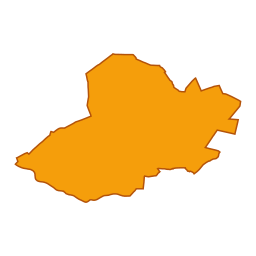 Scherpenzeel, Gelderland, Netherlands (Robinson projection)
{"feature_id": "6326949B37781973583405", "entity_name": "Scherpenzeel", "entity_type": "district", "adm_level": 2, "iso_a3": "NLD", "parent_name": "Netherlands", "parent_adm1": "Gelderland", "projection": "robinson", "projection_center": [5.498, 52.09], "detail": "fine", "context": "isolated", "style": "filled", "palette": "amber", "viewbox_px": 256, "rotation_deg": 0, "n_neighbors": 0, "source": "geoboundaries", "source_scale": "gbopen_adm2", "svg_char_len": 5420}
<svg xmlns="http://www.w3.org/2000/svg" viewBox="0 0 256 256"><path d="M112.9,53.9L112.2,54.6L110.2,56.0L108.7,57.2L107.0,58.5L102.2,62.1L99.2,64.5L98.2,64.9L96.1,66.3L94.8,67.3L91.8,69.6L90.6,70.4L86.0,73.8L86.2,74.6L86.7,76.7L86.8,77.3L87.2,79.4L87.3,79.8L87.3,80.0L87.5,80.5L87.6,81.0L87.8,81.4L87.8,81.6L88.0,81.8L88.1,87.0L88.2,88.2L88.3,89.5L88.6,96.4L88.5,97.6L88.3,98.4L87.2,105.2L87.2,105.6L88.2,108.4L88.5,109.2L89.2,111.0L89.7,112.3L90.0,113.1L90.5,114.2L90.7,114.8L91.0,116.2L88.4,117.2L87.2,117.7L85.2,118.5L84.2,118.9L81.4,120.0L78.3,121.1L77.5,121.4L77.3,121.4L75.6,122.0L74.1,122.9L73.8,123.2L64.8,127.9L64.7,128.1L62.1,128.0L61.3,128.0L60.4,128.1L59.7,128.3L59.3,128.4L59.0,128.5L58.2,129.0L57.9,129.1L55.4,130.9L54.7,131.5L53.5,132.3L51.0,131.5L50.9,131.6L49.9,134.9L49.9,135.2L47.8,136.7L47.1,137.3L46.7,137.7L45.7,138.5L42.7,141.4L39.9,143.6L35.3,147.8L35.2,147.8L34.8,148.2L32.9,149.9L31.4,151.5L28.9,154.1L27.3,152.8L27.2,152.7L24.6,153.7L19.4,156.5L17.8,157.4L17.0,157.8L16.6,157.9L17.9,161.6L16.6,162.9L15.4,164.2L16.5,165.1L18.5,166.3L19.4,166.7L20.1,167.0L21.2,167.5L22.7,168.0L23.8,168.3L25.1,168.5L27.0,168.8L27.6,169.0L29.8,169.3L30.6,169.5L31.0,169.6L31.3,169.8L32.4,170.4L32.8,170.6L33.4,171.1L34.4,172.3L34.7,173.1L35.0,174.2L35.0,175.0L35.2,176.9L35.3,178.0L35.5,178.6L35.6,179.0L35.8,179.3L36.2,179.8L36.5,180.0L36.9,180.4L37.2,180.7L37.6,180.9L38.1,181.1L38.6,181.3L39.0,181.4L39.9,181.6L40.4,181.7L42.5,181.9L43.6,182.1L44.4,182.3L45.0,182.5L45.9,182.8L46.5,183.1L46.8,183.2L47.6,183.6L51.4,186.1L53.1,187.2L53.7,187.6L55.4,189.1L56.2,189.7L56.5,189.9L56.9,190.1L57.5,190.3L58.2,190.5L58.6,190.6L61.6,190.9L62.4,191.1L63.1,191.1L63.7,191.3L64.0,191.8L65.0,192.5L66.0,193.6L67.0,194.0L68.8,194.6L69.4,194.7L69.4,194.8L70.1,194.8L71.5,195.1L72.1,195.2L73.6,195.7L74.0,195.9L74.3,196.1L77.3,198.2L78.8,199.1L79.3,199.4L81.2,200.2L82.8,201.0L83.7,201.5L84.4,201.7L84.9,202.0L85.2,202.1L85.6,202.1L86.0,202.1L86.6,202.1L87.0,201.9L87.6,201.7L89.3,200.5L89.5,200.3L89.7,200.1L89.9,200.0L90.3,199.9L90.5,199.8L91.0,199.8L91.4,199.8L92.8,200.1L93.6,200.2L94.3,200.2L95.0,200.1L95.4,200.0L95.9,199.9L97.2,199.4L97.9,199.0L100.2,197.6L102.6,196.3L103.4,195.9L104.0,195.7L104.4,195.6L106.7,195.4L107.8,195.3L108.6,195.2L109.5,194.9L110.7,194.5L111.2,194.4L111.7,194.3L112.4,194.1L113.0,194.0L114.0,193.9L114.5,193.9L115.6,193.9L116.6,194.0L117.4,194.1L118.3,194.4L118.9,194.6L119.9,195.0L120.8,195.3L122.2,195.7L122.8,195.9L123.2,195.9L124.3,196.1L124.8,196.1L126.3,196.1L129.3,196.0L129.9,196.0L130.5,195.4L131.3,194.5L132.4,193.3L133.8,191.7L134.1,191.5L135.0,190.6L135.3,190.1L135.9,189.4L136.1,189.0L136.2,188.8L143.2,188.8L143.2,188.2L143.3,187.5L143.5,185.8L143.7,183.9L143.9,182.3L144.3,176.8L144.6,176.1L147.3,176.6L148.5,176.8L151.7,176.3L154.9,175.8L156.0,175.8L157.3,174.5L157.8,173.5L158.8,172.7L159.0,172.5L159.3,172.3L159.3,172.2L159.5,172.0L159.4,172.0L159.5,171.8L159.5,171.6L159.4,171.4L159.4,171.2L159.2,171.0L158.4,169.7L158.2,169.5L157.6,168.7L158.2,168.4L162.5,168.8L162.8,168.8L163.2,168.8L164.2,168.8L164.6,168.8L166.4,169.2L167.3,169.3L168.4,169.3L169.7,169.5L170.2,169.5L171.0,169.3L171.6,169.0L172.2,168.7L172.3,168.9L172.9,169.0L173.0,168.6L173.7,168.4L174.8,168.2L175.9,168.0L176.5,168.0L177.9,167.9L180.3,167.8L185.1,167.8L185.0,168.1L185.2,168.4L185.4,168.5L185.5,168.7L186.2,169.3L186.6,169.7L187.0,170.1L187.1,170.3L187.6,171.1L188.3,171.1L189.5,171.7L189.8,171.6L190.1,171.2L190.3,171.2L190.6,171.3L192.2,172.0L192.7,172.3L193.0,172.5L193.3,172.7L193.4,172.8L193.8,173.3L194.1,173.8L196.9,171.7L198.2,170.5L199.4,169.3L203.2,164.7L206.1,162.6L208.7,161.1L209.1,161.1L209.8,161.0L210.6,160.4L211.4,159.9L213.3,159.0L215.0,158.8L216.2,158.5L216.8,158.0L217.2,157.7L217.6,157.3L218.1,156.9L218.3,156.4L218.4,156.1L218.5,155.8L218.6,155.3L218.8,154.0L218.9,153.8L219.0,153.3L219.3,152.9L219.9,152.1L218.5,151.0L218.2,150.8L217.7,150.7L215.7,150.1L208.9,148.5L205.3,147.5L207.0,145.1L211.8,138.0L212.8,136.4L213.7,135.3L214.6,133.9L215.7,132.3L215.9,132.1L217.2,130.1L221.7,131.1L231.0,133.2L234.9,134.1L235.2,132.7L237.6,122.6L238.2,119.7L229.1,119.0L230.0,118.1L230.7,117.2L232.0,115.6L236.3,110.4L239.7,106.3L239.8,106.2L239.9,105.6L240.0,105.4L240.6,101.4L239.4,100.7L239.2,100.6L239.0,100.4L236.3,99.0L231.6,96.6L226.8,94.4L226.0,94.1L225.7,94.0L225.0,93.9L222.8,93.6L221.1,89.9L220.7,88.9L220.5,88.6L219.2,85.5L218.1,85.7L214.0,86.4L212.1,87.2L210.3,87.7L206.2,89.1L201.2,90.9L200.5,89.2L198.5,84.7L197.8,83.1L196.4,79.9L195.6,78.1L195.2,78.3L194.8,78.6L192.0,81.3L186.2,88.0L186.0,88.3L185.8,88.9L185.4,90.2L184.9,91.8L184.6,91.8L181.7,91.7L180.2,91.4L179.5,91.4L179.3,91.3L178.9,91.0L178.7,90.8L178.3,90.3L175.8,88.7L175.1,88.2L174.1,87.6L173.9,87.4L173.8,86.8L173.5,85.3L173.4,85.1L173.3,84.9L172.9,84.6L172.7,84.4L172.3,83.1L172.1,82.4L171.9,81.7L170.2,80.4L169.7,80.1L169.4,79.4L168.2,77.8L166.0,74.5L164.5,72.4L165.5,71.8L165.2,71.3L164.6,70.5L164.1,69.8L163.5,69.2L162.7,68.3L162.2,67.8L161.9,67.7L161.2,67.3L160.7,67.1L160.3,66.8L159.9,66.4L159.6,65.5L159.4,65.5L157.5,65.5L153.5,65.3L151.0,65.2L150.7,65.2L149.8,64.8L149.0,64.5L145.3,62.9L143.1,62.1L139.6,60.5L138.8,60.2L136.8,59.3L136.2,59.1L136.1,58.9L136.1,58.4L136.1,58.1L135.9,57.7L135.6,57.3L134.9,56.5L134.5,56.1L133.3,54.8L133.0,54.7L132.4,54.6L130.7,54.6L124.7,54.6L121.6,54.5L116.8,54.4L115.6,54.4L114.6,54.3L113.9,54.1L112.9,53.9Z" fill="#f59e0b" stroke="#b45309" stroke-width="1.5"/></svg>